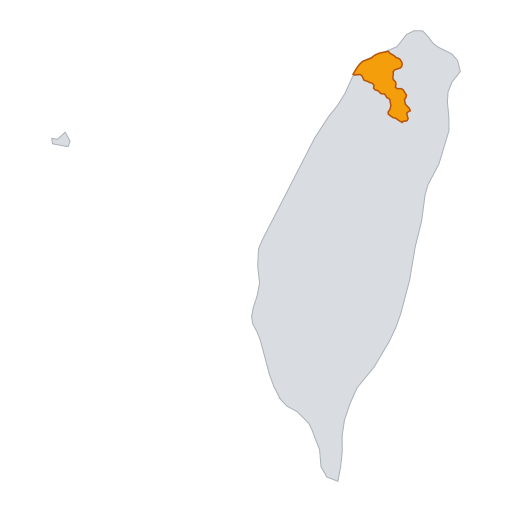 Taoyuan highlighted on a map of Taiwan
{"feature_id": "TWN-1168", "entity_name": "Taoyuan", "entity_type": "County", "adm_level": 1, "iso_a3": "TWN", "parent_name": "Taiwan", "parent_adm1": "", "projection": "natural_earth1", "projection_center": [121.286, 24.86], "detail": "fine", "context": "in_parent", "style": "filled", "palette": "amber", "viewbox_px": 512, "rotation_deg": 0, "n_neighbors": 0, "source": "natural_earth", "source_scale": "10m", "svg_char_len": 1857}
<svg xmlns="http://www.w3.org/2000/svg" viewBox="0 0 512 512"><path d="M357.0,387.9L350.0,403.6L344.4,420.3L342.1,436.0L342.2,452.2L340.6,466.8L337.9,481.3L326.9,477.1L321.0,466.8L319.6,449.8L311.7,429.2L308.7,423.3L297.3,411.8L286.9,406.1L278.9,397.6L280.0,398.3L274.0,386.9L269.5,374.7L260.3,340.2L257.1,331.9L252.8,324.2L251.6,316.7L253.1,308.3L257.1,295.8L259.6,283.2L257.7,266.1L258.5,249.1L261.5,241.5L314.6,138.1L328.9,116.1L337.7,105.3L345.1,93.1L352.1,77.6L360.7,63.5L366.9,59.2L397.1,46.6L406.5,34.5L414.1,30.7L422.7,30.9L428.2,36.7L433.2,43.5L438.3,47.2L451.7,53.9L457.6,60.4L460.3,71.5L452.1,82.0L448.1,91.6L447.4,102.1L448.8,116.3L449.0,130.6L438.9,164.1L427.9,184.9L425.0,195.3L421.6,221.1L415.2,247.0L409.7,279.8L400.8,313.6L395.7,327.8L389.3,341.3L374.2,366.9L357.0,387.9ZM65.2,132.2L70.1,141.2L68.0,146.7L52.6,143.8L51.7,138.3L57.5,139.3L65.2,132.2Z" fill="#d9dde1" stroke="#a8b0b8" stroke-width="1"/><path d="M353.0,74.4L356.8,67.9L359.8,64.0L362.8,61.2L370.7,58.4L372.5,57.1L374.1,55.6L376.0,54.5L379.8,53.0L388.4,51.3L390.2,53.5L392.9,54.9L394.9,56.3L396.2,57.6L398.0,58.1L399.8,59.1L402.0,62.6L402.2,64.4L401.7,66.4L400.3,68.0L394.8,69.8L393.2,71.6L393.3,74.5L392.8,77.2L393.3,79.6L395.6,81.9L396.0,84.3L395.4,87.4L397.6,88.7L400.8,88.6L402.9,89.5L406.5,95.2L405.9,97.6L404.5,99.4L404.9,101.8L405.5,104.4L409.3,108.3L410.3,110.8L409.0,111.2L406.7,113.1L408.1,118.8L407.1,120.6L405.7,121.2L404.3,120.9L402.6,121.7L402.4,122.4L400.3,121.4L397.2,119.4L395.5,118.1L393.2,117.7L390.5,115.9L388.3,114.1L388.1,112.1L390.1,109.1L390.9,105.5L390.2,102.1L390.0,99.8L388.6,98.5L386.7,97.5L385.6,95.4L384.2,93.8L382.5,93.9L380.9,93.6L379.6,92.2L377.8,90.7L375.0,89.8L373.5,88.1L374.0,85.3L372.5,83.4L369.5,82.4L367.8,81.5L366.0,80.9L363.8,80.0L362.1,76.0L360.2,74.5L354.3,75.0L353.0,74.4Z" fill="#f59e0b" stroke="#b45309" stroke-width="1.5"/></svg>